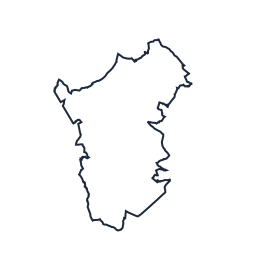 outline of Copacel, Bihor, Romania, rotated 235°
{"feature_id": "2599482B8051644338806", "entity_name": "Copacel", "entity_type": "district", "adm_level": 2, "iso_a3": "ROU", "parent_name": "Romania", "parent_adm1": "Bihor", "projection": "natural_earth1", "projection_center": [22.162, 46.971], "detail": "fine", "context": "isolated", "style": "outline", "palette": "slate", "viewbox_px": 256, "rotation_deg": 235, "n_neighbors": 0, "source": "geoboundaries", "source_scale": "gbopen_adm2", "svg_char_len": 5716}
<svg xmlns="http://www.w3.org/2000/svg" viewBox="0 0 256 256"><g transform="rotate(235 128 128)"><path d="M180.6,185.4L180.2,185.0L178.9,184.9L178.6,184.1L178.5,183.1L178.8,182.3L178.5,181.3L178.7,180.8L178.0,178.9L178.6,177.5L178.4,176.4L178.6,175.3L179.5,173.5L178.3,173.3L178.2,173.1L178.6,172.3L178.5,171.5L183.0,171.0L183.5,169.5L185.5,167.0L188.9,164.2L191.0,163.7L194.4,162.4L190.4,157.7L189.8,157.2L188.7,156.6L188.8,156.1L187.3,153.2L186.8,151.5L186.2,150.5L185.3,146.6L184.9,142.8L183.5,139.0L183.0,134.9L183.4,131.3L183.7,130.5L184.2,129.8L184.5,127.8L184.7,127.3L184.9,125.9L185.2,125.1L185.1,124.4L184.8,124.0L184.4,124.0L184.5,123.5L184.1,122.9L184.2,122.3L183.9,121.7L183.9,121.1L184.1,120.5L184.3,120.4L184.4,117.9L185.0,117.8L185.8,115.4L187.2,112.9L186.9,112.0L186.5,109.7L189.6,106.5L190.7,103.4L188.9,101.2L191.4,100.2L192.3,100.3L197.1,102.1L200.6,100.6L201.8,100.5L203.1,100.7L204.1,100.5L205.5,100.0L207.2,99.2L205.4,96.2L205.1,96.1L204.4,95.3L203.5,95.2L203.2,94.5L203.1,93.3L202.9,93.2L203.0,92.5L202.5,92.0L202.6,91.8L202.3,91.7L202.4,90.8L202.0,90.7L201.8,90.1L201.4,90.0L200.9,89.3L200.5,89.4L200.1,88.6L187.8,87.7L187.3,91.9L186.7,91.1L184.5,89.2L183.6,87.3L163.3,85.8L163.0,85.9L163.1,87.8L162.9,87.9L162.9,88.1L163.1,88.3L162.9,88.4L163.2,89.0L163.5,89.0L163.5,90.2L163.2,90.7L163.5,91.5L162.5,92.9L159.5,93.1L159.9,89.6L150.6,85.6L149.9,85.7L149.4,85.2L148.3,84.0L148.1,83.5L147.8,82.2L147.1,80.5L146.8,79.1L146.5,78.5L145.3,76.9L144.2,75.8L142.7,77.9L141.7,80.0L140.7,81.3L139.2,80.8L137.2,81.0L135.6,80.1L133.3,78.3L132.2,79.4L131.6,79.5L129.4,79.2L128.8,78.8L127.5,78.6L126.4,79.0L126.4,78.3L126.7,78.1L126.6,77.7L127.1,77.6L127.2,77.3L127.1,76.9L128.3,76.5L128.9,76.5L128.9,76.1L129.5,75.4L130.0,74.9L129.8,74.7L130.3,74.1L130.1,73.9L130.2,73.5L130.1,73.3L129.3,73.2L129.3,72.7L130.0,72.4L130.0,72.1L129.4,72.0L129.8,71.7L129.1,71.5L129.0,71.1L129.4,71.0L129.4,70.7L128.2,70.6L128.2,70.1L126.3,69.5L124.5,68.4L123.4,68.1L120.6,67.9L120.2,66.8L120.6,65.8L120.1,65.1L119.6,64.1L118.4,62.4L117.9,61.2L116.6,61.5L114.3,61.5L112.4,61.3L109.4,60.4L109.2,61.0L108.8,61.2L108.5,60.9L108.2,61.1L107.9,60.8L107.3,61.1L106.4,60.4L105.7,60.2L105.4,59.7L105.1,59.6L105.1,59.1L104.8,58.9L104.6,59.1L104.0,59.1L103.7,59.4L103.2,59.7L102.8,59.6L102.4,59.3L102.2,59.4L102.0,59.2L101.7,59.4L101.2,59.1L100.9,59.1L99.3,58.4L98.4,58.5L98.0,58.2L97.3,58.3L96.2,58.1L95.7,57.1L95.3,57.1L95.1,56.8L94.5,56.6L94.4,56.2L93.8,55.1L93.5,54.1L93.3,54.1L92.5,53.2L91.9,52.7L91.2,53.0L90.8,52.8L90.1,52.3L89.5,52.4L88.4,51.8L86.5,49.7L79.4,47.8L77.0,46.6L74.0,46.0L73.8,46.1L73.5,46.0L73.2,46.2L72.3,46.1L72.2,47.2L69.9,50.8L69.4,52.7L68.0,52.5L65.9,53.1L64.9,53.0L63.7,52.6L62.9,52.9L62.1,53.7L61.6,54.5L60.0,55.6L58.5,56.4L58.2,56.9L56.3,57.8L55.5,58.8L54.6,59.4L53.1,59.9L51.4,60.1L50.7,60.6L50.0,60.8L49.4,61.9L48.8,63.9L49.1,64.1L49.0,64.7L49.1,65.6L49.5,66.6L51.1,67.9L52.0,69.1L54.6,70.7L55.8,72.6L56.6,73.2L55.7,74.0L61.2,78.6L58.1,80.1L50.9,84.5L50.3,85.2L49.9,85.5L49.9,89.2L50.4,93.8L52.5,111.1L53.6,118.7L53.8,121.1L54.0,121.7L55.6,122.7L58.4,124.0L58.8,124.4L59.8,126.7L60.7,131.9L61.0,132.3L61.8,132.6L62.4,130.8L64.3,128.2L64.7,126.5L65.6,124.7L65.5,124.1L66.0,123.8L66.0,123.2L68.3,122.3L68.4,122.1L68.3,121.9L66.6,122.0L66.7,120.9L72.9,119.2L73.2,120.0L73.2,121.1L73.8,121.7L74.1,123.4L72.8,124.3L72.2,125.2L77.1,126.6L76.7,129.1L76.4,130.2L75.9,131.0L75.1,131.3L73.2,133.3L72.5,133.2L72.3,133.9L72.2,134.1L71.6,134.4L71.3,135.3L72.6,134.6L73.7,133.6L75.1,133.1L75.6,132.7L77.9,132.2L79.1,131.2L80.9,131.1L83.0,131.4L82.5,133.1L82.9,134.2L82.7,136.3L81.9,138.2L82.1,138.9L82.0,139.8L81.4,140.1L80.9,142.2L81.5,144.9L81.8,145.9L82.3,146.1L85.4,146.1L87.7,145.6L88.8,145.6L89.4,145.9L90.8,145.7L93.2,145.9L94.3,146.3L97.0,147.6L101.2,152.3L102.6,153.2L104.0,152.7L106.0,152.5L112.2,149.4L114.6,149.0L117.0,148.1L121.2,147.7L121.3,147.9L121.2,148.4L118.0,151.4L116.5,153.4L115.3,153.9L115.4,154.6L115.2,155.3L115.5,155.9L114.8,156.8L115.5,157.6L114.5,159.4L114.5,159.8L116.0,163.3L116.1,164.6L116.4,164.4L118.6,163.4L119.7,163.7L120.3,164.5L121.8,165.0L123.3,165.8L123.7,165.7L124.2,165.1L125.7,164.0L127.0,163.6L127.4,163.8L127.5,164.2L130.9,168.4L128.9,170.0L128.7,170.0L128.4,170.4L127.9,170.4L127.9,170.8L127.7,171.1L127.3,171.3L127.1,171.3L127.2,171.1L126.5,171.3L125.7,172.1L125.4,171.9L125.1,172.1L124.9,172.0L124.7,172.2L124.6,172.7L124.3,172.4L124.0,172.4L123.9,172.6L123.6,172.4L123.2,172.7L123.0,172.4L122.5,172.6L124.2,174.9L124.2,175.8L125.5,179.6L126.5,183.5L127.0,184.2L128.2,185.3L128.9,185.6L129.0,186.4L130.1,188.4L130.7,189.0L131.0,189.7L132.0,190.8L132.1,191.2L132.5,191.3L131.6,191.9L131.7,192.5L132.4,193.6L132.6,194.4L132.8,194.7L132.6,195.9L131.7,197.3L131.6,198.2L130.9,198.1L130.4,198.3L130.3,198.6L129.9,198.7L129.4,198.6L128.8,199.5L128.7,199.9L128.1,200.2L128.1,200.4L128.4,200.4L128.4,200.7L128.0,201.0L127.8,200.9L127.7,201.2L127.3,201.5L127.5,201.9L127.3,202.1L127.2,202.3L127.3,202.5L127.7,202.7L127.6,203.4L127.8,203.8L127.9,204.4L127.7,204.9L127.7,205.3L128.1,205.5L128.3,205.4L128.5,204.8L130.2,204.1L130.9,204.0L131.4,203.2L132.0,202.9L133.4,203.2L134.0,203.4L136.6,203.8L137.6,204.1L137.4,204.5L137.4,205.7L137.5,206.8L137.7,207.0L137.4,208.7L137.6,209.2L144.2,207.2L145.6,207.2L147.5,208.3L147.2,208.4L147.2,209.0L146.9,209.1L146.9,210.0L148.7,209.5L158.3,208.8L160.6,207.8L162.2,207.7L163.0,208.0L165.5,207.6L166.3,207.1L168.7,207.1L172.4,205.5L175.1,203.1L177.4,202.8L178.7,203.3L181.9,203.6L182.6,203.9L183.1,203.7L182.9,203.1L184.7,200.0L184.6,199.2L184.3,198.2L185.4,196.3L185.9,193.4L185.7,193.0L184.3,192.6L180.9,190.5L180.3,189.4L179.7,188.7L177.9,187.4L177.9,186.7L180.2,185.8L180.6,185.4Z" fill="none" stroke="#1e293b" stroke-width="2"/></g></svg>